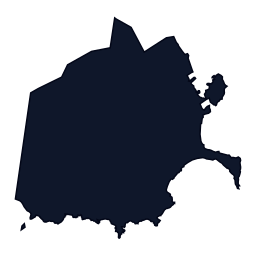 the district of Kritar - Sirah, `Adan, Yemen
{"feature_id": "15242507B68167315655913", "entity_name": "Kritar - Sirah", "entity_type": "district", "adm_level": 2, "iso_a3": "YEM", "parent_name": "Yemen", "parent_adm1": "`Adan", "projection": "robinson", "projection_center": [45.033, 12.772], "detail": "fine", "context": "isolated", "style": "filled", "palette": "ink", "viewbox_px": 256, "rotation_deg": 0, "n_neighbors": 0, "source": "geoboundaries", "source_scale": "gbopen_adm2", "svg_char_len": 5894}
<svg xmlns="http://www.w3.org/2000/svg" viewBox="0 0 256 256"><path d="M114.7,17.9L110.2,47.8L91.6,51.4L67.6,64.8L61.7,77.1L38.4,88.5L30.7,92.9L15.4,199.0L19.8,200.7L21.4,202.0L22.7,203.9L24.2,206.8L27.1,210.6L28.5,211.4L29.2,211.6L30.6,213.0L31.0,214.0L30.9,215.1L30.1,217.8L30.3,219.0L31.1,219.1L31.7,218.6L32.0,218.7L32.5,218.5L33.6,217.7L35.0,217.0L35.6,216.2L35.9,215.2L37.0,215.3L39.8,216.4L39.8,217.1L40.5,217.6L41.0,218.4L43.1,220.1L43.1,220.6L43.9,221.6L45.1,222.1L45.4,222.0L45.5,221.7L46.3,222.0L47.4,221.5L49.7,220.8L50.3,221.2L51.7,221.4L52.6,221.2L53.5,221.6L54.5,222.0L54.4,222.7L55.0,223.2L56.2,223.1L57.1,222.9L57.5,223.7L58.0,223.9L58.8,223.3L61.1,222.0L62.5,220.5L63.2,219.4L64.0,217.3L64.8,217.0L64.9,216.6L64.8,216.0L65.6,215.7L65.6,215.2L66.0,214.8L65.5,214.4L65.1,214.4L65.0,213.9L65.6,213.8L66.0,214.1L67.3,213.9L67.8,214.5L69.2,214.4L69.7,214.7L70.2,214.7L71.3,215.0L72.0,214.7L72.4,215.0L72.5,215.6L73.0,216.6L73.0,217.1L73.3,217.4L74.0,217.3L74.2,217.0L74.5,217.3L75.2,217.5L75.6,217.5L76.2,216.9L76.4,217.2L76.9,216.5L77.3,216.4L77.6,216.7L78.0,215.1L79.3,215.7L80.8,214.7L81.6,215.3L81.2,216.0L81.6,216.7L81.6,217.1L82.1,217.4L82.1,219.1L82.4,219.5L82.7,219.3L83.5,219.3L83.8,218.8L84.0,219.1L84.3,219.1L84.5,218.9L84.8,218.8L85.1,219.0L85.6,218.6L86.2,218.2L87.1,218.5L87.9,218.0L90.5,219.2L90.9,219.6L91.0,220.2L91.1,220.4L92.5,220.2L93.2,220.4L93.6,221.0L94.9,221.1L95.8,222.1L96.2,222.1L96.5,222.5L96.9,222.6L97.2,223.1L98.3,223.6L98.6,223.5L98.8,223.0L99.0,222.7L99.3,222.6L99.5,222.3L97.4,220.8L97.2,219.6L99.8,220.8L100.3,219.8L102.3,219.5L103.8,219.1L105.5,218.9L107.7,219.4L108.7,219.4L109.5,219.8L110.1,220.5L110.4,221.6L111.3,222.6L111.3,223.5L111.5,223.7L114.8,225.0L115.9,226.1L115.9,226.8L115.8,227.4L115.4,227.5L115.1,228.0L115.4,228.3L115.8,228.4L115.6,228.8L116.3,229.1L115.7,230.5L115.6,231.4L117.3,231.6L117.8,232.6L118.4,232.6L118.7,233.7L118.5,235.1L119.0,235.6L118.5,236.4L118.5,237.5L119.0,238.1L119.4,238.1L119.6,237.9L120.1,237.3L120.1,235.8L120.4,235.3L120.8,234.2L121.6,234.0L121.7,233.0L122.0,232.4L122.4,232.4L123.3,232.6L123.0,231.8L124.2,231.6L124.7,231.0L124.8,230.6L124.6,230.1L123.5,229.5L123.4,230.0L122.8,229.8L121.7,226.8L123.2,226.7L124.3,227.4L125.0,226.6L125.0,226.3L124.7,225.8L125.2,225.0L125.2,224.0L126.0,222.7L126.7,222.6L127.4,222.7L128.0,222.3L128.0,221.8L129.4,221.1L130.7,220.8L131.5,221.2L132.8,222.1L133.8,222.1L134.5,222.6L135.2,223.7L135.9,223.7L136.3,223.5L137.9,223.6L137.7,223.1L138.3,222.5L138.8,221.5L139.3,221.4L139.5,221.2L141.6,221.1L142.2,220.2L142.7,220.4L144.6,219.8L145.5,219.2L147.1,219.1L148.0,219.2L149.5,219.9L150.6,220.6L150.6,221.0L150.9,221.4L151.3,221.6L151.9,221.4L153.8,222.0L153.6,223.0L154.2,223.1L154.4,224.1L154.7,224.6L154.7,225.2L156.0,225.9L157.3,225.6L157.5,223.5L158.2,222.8L159.1,222.1L160.2,220.5L157.8,219.0L156.9,217.8L157.7,216.6L159.9,215.5L160.8,215.6L161.1,214.8L162.1,213.9L164.5,209.8L165.3,209.3L166.2,208.4L166.9,208.5L168.1,208.1L169.0,207.9L170.3,207.2L171.0,206.5L171.3,205.9L172.7,204.9L173.1,204.7L173.4,204.4L173.4,203.7L174.3,203.3L174.6,203.4L174.6,202.3L173.8,202.4L173.1,202.2L172.2,201.6L171.8,201.2L172.3,200.3L172.0,197.3L171.2,196.8L170.7,196.2L170.0,196.1L170.4,194.8L170.1,194.0L169.9,193.9L169.6,194.1L169.3,193.5L168.6,193.0L167.8,192.6L167.1,192.0L166.5,191.1L166.3,189.6L167.3,186.2L169.2,181.6L170.8,179.3L171.7,178.9L172.4,179.3L173.9,178.2L174.0,177.4L177.0,173.9L177.3,172.9L178.4,172.8L179.1,172.4L179.2,171.8L180.5,170.8L181.3,170.7L181.4,170.1L181.4,169.7L180.8,169.4L181.0,168.6L181.4,168.5L181.5,168.0L182.4,167.2L183.8,166.7L184.1,165.1L188.1,162.3L192.3,159.9L197.2,158.4L202.8,157.6L204.9,158.1L206.6,158.9L210.4,159.4L212.9,160.0L213.7,159.4L215.7,158.9L216.7,159.4L219.8,161.9L222.1,163.3L223.4,165.0L227.2,168.3L227.6,167.9L228.4,168.4L229.3,169.3L229.9,170.2L229.7,171.1L230.2,171.9L231.7,173.5L233.6,174.9L234.2,175.8L234.5,177.2L234.0,178.2L235.0,179.9L235.4,184.0L236.7,186.1L237.5,188.4L238.8,188.7L237.9,186.6L238.4,186.0L239.5,185.8L238.2,184.0L238.2,181.6L238.5,179.5L238.3,178.1L238.6,176.8L239.1,176.4L239.8,174.2L240.4,171.7L239.9,170.5L240.5,169.0L240.6,167.0L239.9,162.7L240.6,160.4L240.2,158.4L238.3,157.0L236.0,158.0L232.8,157.4L231.6,157.9L229.0,155.0L228.0,155.3L219.2,153.0L218.9,151.5L217.6,151.6L215.2,152.4L214.9,152.0L213.4,151.5L210.8,150.2L208.9,149.7L208.1,149.8L205.0,148.7L204.0,147.5L203.8,146.0L203.9,144.9L202.6,144.3L201.6,142.8L200.9,141.1L200.0,134.3L200.6,123.8L201.5,123.5L202.2,118.3L203.2,117.2L202.9,115.1L205.0,114.1L208.6,113.2L210.4,111.7L210.2,109.5L209.4,108.1L209.4,105.5L207.3,106.4L205.7,108.0L204.2,110.1L203.0,109.5L201.9,108.4L200.0,103.8L206.5,99.3L209.2,98.1L210.4,102.1L214.0,104.9L214.6,104.7L215.7,105.6L216.4,105.0L216.8,103.5L217.3,102.2L219.2,101.0L220.3,99.3L222.1,99.1L222.2,97.2L224.1,94.1L224.4,92.7L224.2,90.7L224.4,88.5L227.0,86.2L225.9,85.6L224.5,84.2L223.4,81.3L222.3,79.4L222.4,76.8L220.9,75.4L218.3,74.0L216.1,75.4L215.3,76.8L214.1,75.6L212.5,76.7L212.1,77.7L213.8,78.0L214.5,79.4L213.2,79.7L212.7,80.0L213.2,81.1L212.6,82.5L211.9,83.1L211.7,83.7L210.5,83.7L209.9,84.4L209.2,83.4L208.3,83.4L207.2,83.6L206.9,84.5L207.7,85.1L209.4,85.3L209.2,87.0L209.4,88.1L208.8,89.1L207.3,89.9L205.7,90.4L205.9,92.2L204.5,94.2L205.0,95.9L206.0,98.1L205.0,98.7L203.7,98.1L202.2,98.2L201.1,97.5L199.8,97.2L197.5,94.7L198.3,93.3L199.5,93.0L199.8,92.1L199.4,90.8L198.3,90.7L197.7,91.8L197.3,92.8L196.1,92.1L196.3,91.2L195.2,89.3L194.0,87.9L193.6,85.8L192.9,85.4L191.0,83.7L191.3,82.4L192.9,81.1L195.6,78.5L194.8,77.4L194.0,77.4L190.6,80.2L189.8,81.3L188.6,81.1L189.1,79.4L187.1,75.4L191.0,72.8L192.9,71.9L192.3,70.5L188.1,58.3L188.6,55.4L187.5,53.7L184.8,54.5L182.2,51.2L178.6,46.1L178.0,44.4L176.3,42.4L173.7,36.6L166.4,37.8L144.2,52.1L131.1,27.4L116.3,19.1L114.7,17.9ZM25.0,227.2L24.3,223.7L22.0,226.0L21.3,229.8L25.0,227.2Z" fill="#0f172a" stroke="#020617" stroke-width="1.5"/></svg>